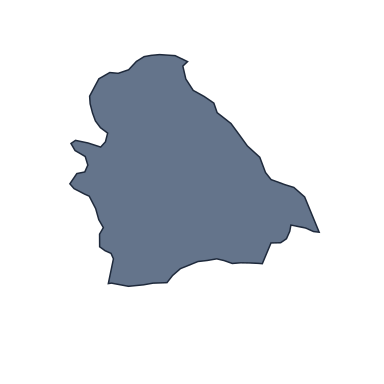 outline of Sancheong-gun, South Gyeongsang, South Korea, rotated 114°
{"feature_id": "91817680B92610564128426", "entity_name": "Sancheong-gun", "entity_type": "district", "adm_level": 2, "iso_a3": "KOR", "parent_name": "South Korea", "parent_adm1": "South Gyeongsang", "projection": "equal_earth", "projection_center": [127.892, 35.389], "detail": "fine", "context": "isolated", "style": "filled", "palette": "slate", "viewbox_px": 384, "rotation_deg": 114, "n_neighbors": 0, "source": "geoboundaries", "source_scale": "gbopen_adm2", "svg_char_len": 1110}
<svg xmlns="http://www.w3.org/2000/svg" viewBox="0 0 384 384"><g transform="rotate(114 192 192)"><path d="M228.9,98.6L206.4,99.1L202.3,90.4L196.3,86.7L188.1,86.7L182.0,88.2L178.7,73.6L178.7,64.9L177.0,59.5L150.7,87.1L146.4,100.8L147.5,110.0L148.5,124.8L144.3,132.8L132.7,144.2L127.4,160.2L122.1,169.3L113.6,184.2L109.3,201.3L101.9,208.2L99.8,219.6L98.7,232.2L91.3,243.6L80.7,251.6L74.7,249.1L74.3,262.9L79.7,277.6L83.8,284.9L87.8,290.8L95.3,295.9L106.1,299.6L113.6,307.7L116.3,315.7L126.4,323.1L135.9,323.8L146.1,324.5L152.9,320.9L160.3,315.0L166.4,309.1L170.5,301.8L172.5,293.0L181.4,291.5L188.1,293.7L189.5,306.9L192.2,319.4L196.9,322.3L201.7,315.7L203.0,304.0L209.8,298.1L217.3,298.1L222.0,304.7L234.2,306.9L236.9,301.1L237.6,289.3L237.6,284.2L246.4,273.2L255.2,265.9L260.6,258.5L268.1,259.3L279.6,254.1L281.0,247.6L281.0,241.0L285.0,236.6L309.7,231.2L308.0,228.5L304.0,211.7L296.5,198.5L291.1,190.5L285.0,178.0L276.2,175.8L266.7,171.4L253.1,158.3L248.4,150.3L243.0,142.2L241.6,134.9L240.9,126.1L236.9,118.8L233.5,110.8L230.1,102.1L228.9,98.6Z" fill="#64748b" stroke="#1e293b" stroke-width="1.5"/></g></svg>